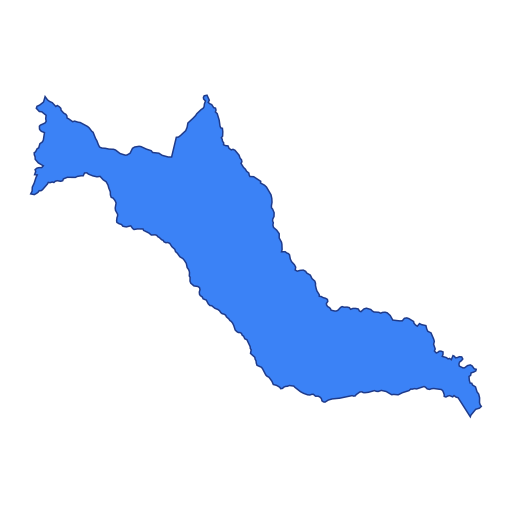 the district of Abreulândia, Tocantins, Brazil
{"feature_id": "56859067B26958267589192", "entity_name": "Abreulândia", "entity_type": "district", "adm_level": 2, "iso_a3": "BRA", "parent_name": "Brazil", "parent_adm1": "Tocantins", "projection": "mercator", "projection_center": [-49.306, -9.465], "detail": "fine", "context": "isolated", "style": "filled", "palette": "blue", "viewbox_px": 512, "rotation_deg": 0, "n_neighbors": 0, "source": "geoboundaries", "source_scale": "gbopen_adm2", "svg_char_len": 6034}
<svg xmlns="http://www.w3.org/2000/svg" viewBox="0 0 512 512"><path d="M470.3,416.8L470.9,415.1L475.7,409.3L479.5,408.1L481.3,406.4L480.1,404.7L479.5,402.7L479.6,397.9L478.7,394.1L477.0,391.8L475.5,386.9L472.5,385.0L471.8,383.3L470.1,383.0L469.3,380.3L469.0,376.4L470.6,375.4L471.1,372.9L473.8,372.0L475.8,370.9L476.2,369.3L474.2,368.8L472.1,365.9L470.3,364.9L467.5,365.6L464.6,367.8L463.0,367.9L459.3,366.1L458.9,364.0L459.6,362.0L461.4,360.7L462.8,359.0L461.7,356.9L459.4,356.7L457.3,357.6L455.5,357.8L454.4,356.3L453.0,355.6L451.3,359.7L449.6,358.4L448.1,358.9L446.4,357.6L442.3,356.4L443.0,354.2L443.0,351.9L440.9,351.1L439.2,351.2L438.1,352.2L436.3,353.0L434.4,351.0L435.2,349.0L433.6,344.3L434.3,341.4L433.7,339.2L431.0,332.9L427.8,331.3L426.8,329.2L425.9,325.6L421.5,324.6L419.5,323.6L417.3,326.2L415.5,325.0L414.0,323.3L413.6,321.5L408.9,318.6L406.8,317.9L404.4,318.3L402.3,320.8L399.8,320.9L392.8,320.1L390.2,315.5L387.2,312.8L385.1,312.2L382.5,312.4L380.7,313.2L378.8,312.3L374.0,312.0L372.3,311.0L370.8,309.5L366.4,308.2L364.0,308.9L360.9,311.7L359.4,311.0L358.3,309.0L355.6,308.4L353.0,308.4L350.6,309.3L349.3,307.6L347.1,307.1L344.1,307.2L342.1,306.6L340.6,307.4L338.1,310.1L336.7,310.9L335.1,311.1L331.1,310.2L330.4,308.6L329.3,307.5L327.7,306.6L326.6,305.1L326.4,303.4L327.8,301.4L327.4,299.4L325.6,298.3L323.1,297.6L321.1,296.5L319.3,296.3L319.2,294.6L316.9,290.9L316.3,289.0L315.5,285.6L315.5,283.3L314.8,281.1L312.0,278.6L310.3,275.1L306.8,273.1L305.6,271.3L303.3,270.1L299.9,270.4L297.3,271.2L295.2,270.0L295.7,267.2L294.4,264.7L291.5,261.6L290.3,259.0L289.5,254.8L288.4,253.6L286.8,253.0L285.1,251.7L281.5,251.8L282.1,249.5L281.9,244.3L281.5,242.2L279.2,238.0L279.2,233.7L276.7,230.2L273.5,227.4L272.9,225.0L273.3,222.7L272.6,221.1L272.7,219.1L274.0,216.5L274.1,212.7L272.6,209.1L271.5,207.8L271.4,205.9L272.0,202.2L271.8,198.5L271.0,194.8L266.5,187.1L264.5,185.2L260.5,183.0L260.7,181.3L253.7,176.7L249.9,176.5L249.2,175.1L248.8,173.0L246.6,171.3L245.4,169.2L243.5,167.4L242.0,165.0L241.0,163.3L241.9,161.8L241.5,159.8L240.1,158.2L239.0,155.1L235.0,150.3L233.0,149.3L231.3,149.9L229.1,148.4L228.0,145.9L225.4,145.6L223.5,144.7L223.7,142.9L222.5,141.2L222.2,139.2L221.3,137.8L222.6,136.2L222.8,131.8L222.4,128.3L220.8,127.9L220.0,126.1L219.2,120.2L217.2,113.6L215.4,112.0L216.0,110.1L215.5,108.1L213.7,107.7L211.7,104.6L209.9,103.8L208.2,102.4L209.3,100.2L207.0,95.2L204.2,95.8L203.4,97.4L203.6,99.0L205.5,101.0L204.4,104.0L204.1,106.7L203.2,108.2L201.1,109.6L196.8,113.7L195.6,115.6L193.0,118.3L187.9,123.0L187.1,127.3L185.7,130.7L180.4,135.6L178.4,137.1L176.3,137.3L171.6,157.0L168.2,157.0L162.1,155.3L158.9,153.2L152.6,152.5L151.2,150.7L146.4,149.1L141.0,146.6L139.1,146.3L134.7,147.0L132.5,148.3L130.1,153.2L127.0,155.0L125.4,155.2L120.0,153.5L115.5,150.0L113.6,149.3L109.0,149.1L105.4,148.3L102.0,148.1L99.6,147.1L98.4,144.8L96.8,140.6L95.6,138.6L93.1,132.3L91.7,131.2L89.2,127.9L87.6,126.5L80.2,122.5L78.0,122.2L74.6,121.1L72.7,121.7L68.6,118.8L67.1,118.1L66.8,115.7L65.8,114.3L63.7,113.1L61.1,110.2L60.8,108.3L59.2,106.7L57.3,105.5L55.8,106.5L52.3,102.7L49.5,101.4L47.5,99.9L45.1,96.6L43.5,102.1L39.6,105.1L37.0,106.3L36.3,108.3L39.3,111.5L41.8,111.8L46.1,115.3L45.7,118.8L46.2,121.3L45.0,123.0L40.4,125.1L39.4,126.2L39.5,129.1L40.5,130.6L41.7,131.5L44.5,132.6L43.3,140.2L42.4,141.9L39.9,143.7L38.7,147.8L37.1,148.8L35.5,151.9L34.2,152.7L34.3,154.8L35.1,156.8L35.2,159.3L38.3,162.9L43.3,165.8L41.7,167.6L39.0,167.6L37.0,168.1L35.1,169.6L35.7,171.6L34.6,174.7L37.2,174.9L35.8,178.0L34.2,183.1L32.3,187.1L32.1,191.2L30.7,193.9L34.3,194.6L36.8,193.2L38.2,192.1L39.2,190.7L41.0,190.7L42.4,189.8L47.5,183.9L48.3,182.4L50.0,182.7L52.2,182.0L53.9,182.5L55.2,181.3L57.2,180.7L60.7,181.3L62.7,180.7L63.4,178.9L67.3,177.3L75.3,177.4L77.4,176.4L81.0,175.8L83.2,175.8L84.5,173.0L86.8,172.8L88.4,174.1L92.9,175.9L96.9,176.8L100.1,176.4L103.2,179.8L106.2,181.8L108.0,185.1L108.8,188.1L110.3,191.8L110.4,194.9L111.2,197.3L113.1,198.1L115.0,200.5L116.1,203.0L115.2,208.0L115.5,210.4L117.6,214.2L117.6,216.0L117.0,217.5L116.6,220.8L116.9,222.4L119.0,223.7L121.5,224.5L122.8,226.2L124.5,226.6L126.4,226.9L130.7,225.8L132.7,228.5L134.0,229.5L137.4,228.9L143.0,229.0L143.6,230.4L148.9,233.0L151.3,235.0L155.2,234.8L156.8,235.4L157.8,236.7L159.3,237.5L161.6,239.7L163.2,240.4L164.0,241.8L165.9,242.7L167.8,242.5L169.8,243.4L171.8,246.6L174.8,249.3L175.5,251.6L177.3,253.2L179.9,256.8L182.9,258.6L184.4,260.4L186.3,263.4L187.2,267.6L188.4,269.2L189.2,271.0L189.5,272.7L189.3,276.0L190.1,277.3L190.0,281.1L190.8,283.2L193.9,285.9L197.9,286.5L199.5,287.6L200.0,289.7L199.3,292.0L199.5,294.3L200.3,295.6L202.3,297.0L203.1,298.8L206.3,300.1L208.3,303.9L209.9,305.5L211.7,305.7L214.9,308.3L217.9,309.5L219.5,310.7L220.9,312.7L222.2,313.7L223.9,314.1L225.6,315.1L226.4,316.8L228.8,318.9L229.9,320.5L231.2,321.4L232.5,323.0L233.7,325.4L235.2,330.0L236.8,331.6L238.3,332.5L240.3,332.6L241.5,333.5L242.2,335.2L243.6,336.2L244.8,338.8L246.9,339.7L250.2,346.7L250.3,348.5L251.2,349.8L250.5,353.4L254.8,357.3L255.1,359.1L256.0,360.8L256.3,363.1L257.0,365.3L261.5,367.3L262.7,369.0L265.8,375.0L267.1,376.3L268.9,377.2L270.0,378.6L272.0,381.4L273.3,384.5L276.4,385.3L278.2,386.3L279.8,387.3L280.7,388.7L282.5,388.4L283.9,387.1L285.6,386.4L287.3,386.3L289.4,385.5L293.8,386.1L294.9,387.3L300.5,391.7L303.5,393.3L307.6,394.8L309.9,395.0L311.8,394.3L313.4,394.3L315.5,396.2L318.2,396.2L320.0,397.1L321.3,398.5L322.0,400.9L323.5,401.9L325.0,402.1L328.4,400.0L332.3,398.9L339.6,398.2L352.1,395.6L353.6,396.1L355.2,395.9L356.2,394.6L359.8,392.0L361.9,391.8L363.2,392.6L364.9,392.7L368.4,392.3L374.4,390.6L376.3,391.3L378.1,391.5L381.3,390.4L386.2,391.5L391.7,394.7L393.7,394.4L398.2,394.8L402.4,392.7L409.0,390.6L410.6,389.1L412.6,389.1L414.3,388.6L416.7,388.9L424.0,386.5L425.5,387.2L427.2,388.9L429.6,389.4L431.6,388.7L433.8,388.5L441.3,389.5L442.7,390.7L443.5,392.5L444.2,394.6L444.2,396.4L445.9,397.0L447.9,396.0L449.7,395.6L452.7,396.9L454.0,395.6L456.0,397.1L458.1,397.7L470.3,416.8Z" fill="#3b82f6" stroke="#1e3a8a" stroke-width="1.5"/></svg>